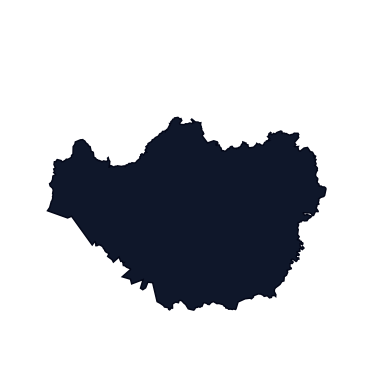 La Yesca, Nayarit, Mexico, rotated 306°
{"feature_id": "50627088B10803570714070", "entity_name": "La Yesca", "entity_type": "district", "adm_level": 2, "iso_a3": "MEX", "parent_name": "Mexico", "parent_adm1": "Nayarit", "projection": "orthographic", "projection_center": [-104.035, 21.59], "detail": "fine", "context": "isolated", "style": "filled", "palette": "ink", "viewbox_px": 384, "rotation_deg": 306, "n_neighbors": 0, "source": "geoboundaries", "source_scale": "gbopen_adm2", "svg_char_len": 6045}
<svg xmlns="http://www.w3.org/2000/svg" viewBox="0 0 384 384"><g transform="rotate(306 192 192)"><path d="M162.6,96.8L162.1,95.6L162.7,94.0L162.5,92.1L165.8,89.1L166.1,88.3L165.7,87.0L165.9,86.2L168.8,82.9L168.5,81.0L169.3,79.8L169.4,77.2L170.2,75.3L170.0,73.3L170.2,72.9L168.5,71.0L163.9,68.2L161.8,69.2L158.9,69.2L152.8,73.4L150.8,73.1L149.1,74.1L145.6,72.5L144.6,71.0L143.5,71.0L140.7,69.8L140.1,68.9L140.5,67.6L139.0,63.9L137.8,63.8L136.7,64.3L135.6,62.9L133.1,64.2L131.3,67.3L129.3,66.6L127.9,68.7L126.4,68.7L126.4,70.7L125.8,71.4L123.2,70.1L120.0,71.9L117.1,72.5L115.0,71.9L113.5,73.7L113.2,76.7L112.1,78.6L108.6,80.3L108.4,81.2L106.1,82.0L105.8,82.7L102.8,83.8L101.6,83.8L95.8,86.0L91.9,86.1L97.9,106.6L101.6,108.8L90.5,142.4L94.9,142.4L95.0,142.9L93.7,144.3L94.0,144.9L92.6,145.2L92.1,145.9L93.3,147.1L94.7,147.5L95.0,149.1L95.5,149.4L95.2,149.8L95.3,151.8L94.2,153.9L94.2,155.0L93.3,156.0L92.9,157.9L93.4,161.1L90.3,161.6L90.3,167.0L89.1,169.6L96.5,171.2L94.0,175.1L95.0,175.9L94.3,177.3L95.1,178.5L93.4,178.4L92.2,179.7L92.8,180.4L92.8,183.6L93.7,187.2L93.1,187.8L82.4,185.4L85.3,193.5L82.2,197.2L92.4,203.9L83.9,206.9L84.0,209.6L87.2,210.8L93.1,209.3L95.5,213.5L82.8,228.2L83.3,231.7L83.4,235.7L82.8,237.3L84.3,240.5L84.2,241.3L83.4,242.0L83.4,243.0L84.1,243.3L85.5,243.0L86.3,243.4L86.1,244.2L86.7,244.5L89.4,242.3L90.3,242.2L93.3,243.4L94.5,246.1L96.3,245.4L97.3,245.9L98.0,247.5L97.3,251.2L97.3,252.9L95.3,257.7L97.4,262.7L98.2,263.1L100.5,262.8L102.1,264.3L103.0,264.3L103.5,266.2L104.5,266.4L105.3,267.3L108.7,266.5L109.5,266.8L110.5,269.1L110.4,270.8L111.1,272.1L114.1,272.5L116.0,273.8L116.3,277.7L117.7,279.4L119.0,282.9L119.1,283.9L118.6,285.0L119.0,286.5L118.1,287.5L118.9,289.3L118.7,290.5L120.1,292.2L120.7,293.7L122.0,294.6L122.5,296.2L123.2,296.3L130.1,293.9L136.8,297.7L140.1,301.2L140.6,302.9L143.2,303.4L144.2,302.7L148.5,305.5L149.9,307.8L150.3,310.3L150.0,311.7L152.4,313.9L151.9,316.9L153.4,318.2L155.2,317.6L156.8,319.7L156.7,321.1L158.2,320.2L159.8,317.1L161.5,316.0L163.4,315.8L169.0,317.5L172.3,317.3L174.1,318.6L177.7,316.4L180.2,317.3L183.2,316.6L184.5,315.0L188.3,317.4L188.8,316.9L188.9,315.2L191.5,313.5L192.0,313.6L193.2,315.1L194.7,315.0L195.1,314.0L194.8,312.7L195.7,312.1L196.6,312.5L197.0,313.3L197.0,317.0L198.0,317.3L199.4,316.9L200.6,317.9L201.4,317.0L200.4,315.5L200.8,314.4L202.6,313.8L203.3,315.7L204.2,315.6L204.6,314.9L204.6,312.4L205.2,312.1L207.5,314.1L209.4,312.4L210.2,313.4L210.3,315.1L212.5,315.5L212.9,313.7L211.0,313.0L212.0,311.1L213.3,309.8L214.1,310.4L214.1,312.2L215.2,312.2L215.9,311.5L215.6,310.1L216.2,309.5L215.7,308.0L216.3,307.3L215.5,305.3L218.8,305.0L219.6,302.4L224.1,300.0L224.9,298.4L228.0,297.6L228.3,296.2L229.6,296.0L229.6,296.4L231.2,296.9L232.1,297.8L232.7,297.3L234.5,298.9L234.7,299.9L236.4,301.9L239.1,301.8L240.9,302.8L242.7,303.0L241.4,298.2L239.4,296.9L239.9,294.8L240.7,294.3L244.3,299.5L244.6,300.9L244.0,303.1L244.5,304.1L248.8,303.3L250.2,305.5L250.6,305.4L252.0,301.8L253.6,301.5L254.8,300.7L256.9,301.7L257.3,300.6L260.2,299.3L260.8,298.5L263.4,299.4L265.8,301.2L267.2,301.3L273.2,298.6L273.8,297.8L273.9,296.2L272.7,294.5L272.7,293.0L271.6,291.5L273.0,289.9L272.9,288.4L274.6,286.5L275.3,286.7L276.6,286.0L277.0,285.2L277.0,284.0L277.8,282.4L279.1,281.5L281.2,280.8L283.1,280.7L283.2,280.2L284.5,279.8L285.3,278.9L285.8,275.7L286.8,276.1L288.1,275.5L288.5,274.2L289.2,273.6L291.2,273.2L291.2,271.4L291.7,270.7L292.5,271.3L293.6,271.0L293.5,269.5L292.7,269.6L292.7,269.0L293.9,268.4L295.0,266.1L294.2,263.8L295.9,259.3L293.4,256.8L288.9,255.6L288.3,254.9L288.6,253.3L290.5,251.4L291.3,251.3L289.1,248.8L289.1,248.0L291.4,248.1L291.9,246.3L292.9,245.8L298.8,246.3L299.8,244.7L301.1,244.6L301.8,243.3L299.6,240.1L298.0,239.7L296.4,238.2L295.6,238.2L294.7,235.1L294.9,234.3L293.8,232.6L293.8,231.8L292.4,230.6L293.8,229.1L293.5,228.0L290.0,225.7L287.7,225.3L287.4,223.6L285.6,223.1L285.1,222.5L285.2,221.6L286.3,221.2L286.3,220.5L285.0,220.5L285.3,220.3L284.5,220.0L283.6,220.8L283.2,220.5L281.7,221.0L281.3,220.7L280.9,222.3L281.3,222.6L280.8,223.5L279.5,223.2L278.8,223.6L278.3,223.2L278.6,224.0L277.4,223.0L274.7,221.7L271.8,222.2L270.6,220.6L270.6,218.4L269.4,217.1L269.4,215.8L268.1,216.1L264.4,215.5L261.3,212.3L261.9,210.3L263.0,209.7L262.5,207.9L263.2,206.9L262.7,206.6L263.0,206.4L262.5,205.7L262.9,205.4L262.4,203.7L261.5,204.3L258.7,204.3L258.2,204.8L255.0,203.8L255.2,203.5L253.4,202.7L253.7,202.4L252.0,200.5L252.2,200.1L251.8,199.4L252.5,197.7L251.8,196.9L250.8,196.5L248.8,196.8L248.5,195.8L244.6,195.1L244.1,194.4L243.9,193.2L242.9,191.8L244.7,189.5L244.8,188.0L246.0,186.3L245.3,185.2L244.2,184.6L244.1,183.7L244.8,183.1L245.3,183.8L246.8,184.2L247.4,183.0L246.2,179.5L240.8,175.7L243.4,167.4L245.2,166.7L245.5,167.3L246.0,167.3L247.0,165.7L247.8,163.1L248.8,162.9L248.7,162.0L250.0,161.5L251.3,159.5L253.2,158.4L252.4,157.7L252.1,155.8L250.6,153.6L250.9,149.0L250.0,148.9L249.4,151.6L248.8,152.5L248.4,151.8L247.4,151.8L246.5,149.6L244.5,148.4L243.4,146.7L241.6,146.0L241.4,145.2L240.4,144.0L239.9,142.2L240.5,141.4L243.8,141.7L244.9,139.9L243.9,139.2L244.1,136.8L241.6,134.3L240.5,134.6L239.6,133.8L237.8,134.0L236.7,133.6L234.8,134.5L234.3,133.8L234.0,134.5L232.9,134.6L232.7,135.1L231.9,134.8L228.1,135.4L227.7,134.9L227.0,135.3L226.1,134.3L225.0,134.9L224.9,134.1L223.7,132.6L221.4,132.8L220.8,132.0L219.8,131.7L217.5,132.0L214.5,130.4L212.5,130.2L210.8,129.2L209.2,129.7L205.4,128.0L204.1,128.7L201.6,128.1L201.3,129.5L200.9,129.2L200.7,129.5L198.4,129.5L198.2,130.4L197.4,130.8L197.4,131.8L196.2,130.8L193.5,131.1L193.5,129.1L192.0,128.6L191.1,129.4L189.6,129.2L188.8,130.3L185.3,129.3L182.6,129.2L181.5,128.3L180.3,126.2L178.8,125.6L178.1,124.3L175.9,123.9L175.3,122.9L173.6,123.2L173.6,122.4L173.1,122.5L172.8,121.3L171.2,119.9L169.3,116.2L168.1,115.6L167.7,114.7L166.3,114.5L165.7,111.0L165.3,110.3L164.0,110.6L163.5,110.5L163.4,110.4L168.5,107.5L169.0,106.0L170.6,104.0L169.7,103.8L168.7,105.2L166.5,105.1L165.2,102.2L163.7,101.5L163.0,98.5L162.3,97.7L162.6,96.8Z" fill="#0f172a" stroke="#020617" stroke-width="1.5"/></g></svg>